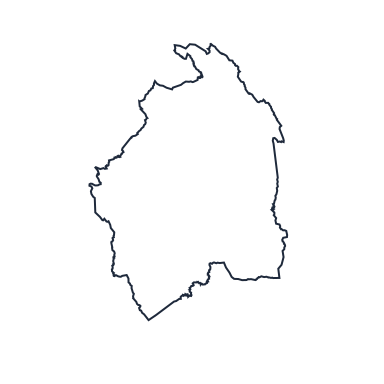 the district of Manorhamilton Lea-6, Leitrim, Ireland, rotated 49°
{"feature_id": "5873133B72319523044240", "entity_name": "Manorhamilton Lea-6", "entity_type": "district", "adm_level": 2, "iso_a3": "IRL", "parent_name": "Ireland", "parent_adm1": "Leitrim", "projection": "equal_earth", "projection_center": [-8.199, 54.289], "detail": "fine", "context": "isolated", "style": "outline", "palette": "slate", "viewbox_px": 384, "rotation_deg": 49, "n_neighbors": 0, "source": "geoboundaries", "source_scale": "gbopen_adm2", "svg_char_len": 6001}
<svg xmlns="http://www.w3.org/2000/svg" viewBox="0 0 384 384"><g transform="rotate(49 192 192)"><path d="M314.2,182.4L306.5,177.2L305.7,172.2L301.2,165.6L295.9,162.3L295.7,159.9L294.4,158.7L293.9,157.2L293.1,156.6L291.5,156.6L291.4,156.1L289.1,155.7L288.7,156.0L287.3,155.3L286.4,153.2L288.3,149.9L286.9,148.4L283.2,146.4L281.6,147.2L280.7,148.4L278.5,148.8L278.4,149.2L276.5,149.0L275.6,147.8L273.9,147.3L271.1,149.3L268.2,147.7L266.9,145.6L263.1,145.5L262.8,144.4L261.5,143.3L257.8,143.6L258.2,142.7L257.6,143.0L257.2,142.6L258.5,141.8L257.9,141.0L256.9,141.0L257.4,140.2L256.3,139.9L256.6,139.2L254.3,138.8L254.7,137.9L252.6,135.1L252.5,134.1L251.2,132.5L249.6,131.6L249.1,129.8L247.0,126.9L244.6,125.4L244.2,123.6L241.6,122.2L240.6,120.6L238.5,119.6L237.5,117.9L208.8,98.6L206.3,97.4L204.7,95.4L205.4,94.2L208.3,93.8L210.6,94.3L211.5,92.6L212.8,92.0L212.6,91.1L214.4,90.1L213.4,89.0L211.2,87.9L201.9,84.6L200.6,83.1L200.6,81.2L193.2,80.6L192.8,79.9L192.1,80.1L188.3,79.1L187.6,79.5L186.9,79.3L186.4,78.3L182.4,77.9L182.0,77.4L180.4,77.2L179.6,76.5L177.3,76.5L176.4,76.0L176.2,76.2L174.7,76.0L173.1,77.9L170.8,77.6L170.7,77.3L169.2,77.5L169.6,78.7L169.5,79.6L168.4,80.6L168.2,82.6L167.0,83.4L160.7,83.2L158.1,82.7L155.4,83.7L155.6,84.3L155.0,84.7L149.5,84.2L148.4,83.2L146.6,82.8L146.0,82.1L144.7,82.0L143.3,81.1L142.4,81.3L142.1,81.8L140.8,82.5L135.1,81.8L133.1,79.3L132.4,79.0L132.1,78.0L132.5,77.5L132.5,76.9L131.6,77.1L129.5,76.6L128.1,75.1L126.1,75.3L125.6,76.1L124.6,76.3L123.6,75.6L121.6,76.0L119.4,75.3L117.1,77.4L111.9,76.6L109.2,77.5L107.7,78.2L108.0,78.4L107.5,78.8L105.3,79.4L99.5,79.7L97.6,79.3L95.4,80.2L92.6,80.6L92.5,80.9L93.8,82.0L94.2,83.9L95.0,84.6L95.0,85.3L94.5,86.0L96.7,85.9L98.0,87.0L98.0,88.9L97.5,90.2L94.7,89.4L82.9,93.0L79.0,96.7L79.6,102.6L73.9,105.1L69.8,108.7L72.8,110.5L73.2,111.5L73.9,111.8L73.7,112.5L74.3,112.6L76.9,112.9L79.6,111.5L82.0,111.6L82.5,111.0L83.3,111.2L83.5,110.7L84.1,110.6L84.7,111.0L86.5,110.3L87.5,109.2L84.8,104.8L88.4,104.1L89.2,104.8L91.8,104.8L93.3,105.6L94.3,105.2L95.6,105.9L95.6,106.3L96.2,106.2L96.9,107.2L97.7,107.2L98.0,107.7L98.9,107.8L99.3,107.4L102.0,108.1L104.5,107.2L105.3,107.6L106.0,107.5L107.4,106.7L108.5,107.0L108.6,107.7L110.2,107.7L112.0,108.5L112.1,109.0L111.5,109.5L110.2,109.6L110.2,109.9L111.3,111.0L110.8,111.6L109.6,111.7L109.3,112.4L111.1,114.3L109.8,118.8L109.3,119.6L107.8,120.3L106.9,121.9L104.6,124.2L104.0,127.2L103.9,130.0L100.7,138.0L101.5,139.7L96.6,142.8L92.8,144.2L90.4,146.3L87.1,147.4L84.0,147.2L85.1,149.5L86.3,150.5L86.5,151.9L87.9,153.5L87.2,154.8L88.0,156.7L87.5,158.3L88.7,160.7L88.3,163.4L89.4,164.8L90.2,166.5L90.8,166.9L90.4,169.5L89.3,172.2L88.9,172.3L93.1,175.3L96.4,175.1L95.9,176.4L102.7,176.1L105.2,177.1L106.7,177.2L106.5,177.5L107.2,179.2L106.9,180.3L109.3,181.4L110.1,182.8L110.0,184.3L111.0,185.9L110.9,188.6L111.5,190.2L111.3,191.7L111.6,194.7L112.7,194.9L112.4,197.7L111.1,200.0L110.8,201.3L110.9,202.2L111.3,202.2L111.2,203.9L113.4,215.8L114.4,217.3L116.2,217.2L117.0,217.6L116.7,218.6L117.2,219.8L116.9,220.2L117.3,220.7L117.5,222.5L118.5,223.0L118.0,223.8L116.2,223.9L116.1,224.6L117.0,224.7L116.4,225.2L116.5,226.2L115.9,226.6L116.3,226.8L115.3,228.0L115.7,228.2L115.8,229.6L113.7,233.9L114.9,234.6L115.0,235.4L117.0,237.4L117.0,238.1L116.0,238.8L116.4,239.3L115.9,239.9L116.0,240.4L118.3,241.0L117.3,242.6L115.9,243.1L114.5,246.2L110.2,248.3L110.2,248.9L113.8,249.0L117.4,250.4L117.6,251.2L116.5,251.6L117.2,253.1L117.8,253.6L121.1,254.1L123.5,255.2L125.1,254.8L126.2,255.8L125.6,256.7L125.3,258.5L123.9,260.4L123.1,261.0L120.1,262.1L119.1,263.2L118.9,264.2L120.0,265.3L121.9,264.3L123.8,264.8L125.1,267.8L127.5,269.2L130.8,269.7L132.7,269.3L144.0,278.4L150.5,277.8L154.4,278.1L155.1,277.6L154.7,275.7L158.2,275.9L159.0,275.4L159.3,274.2L163.2,275.3L165.9,276.9L171.4,277.1L173.5,279.3L173.6,279.9L174.9,280.7L174.5,281.7L174.6,282.2L176.6,283.1L177.1,284.6L176.7,285.4L177.3,286.2L181.5,288.5L181.6,288.9L183.7,290.2L185.8,289.8L187.5,290.5L188.6,292.1L189.7,292.6L189.6,293.0L190.4,293.6L190.0,293.9L190.4,294.1L190.3,294.6L190.9,294.7L192.4,296.8L194.8,298.0L194.7,298.8L195.4,298.9L195.6,299.5L195.3,300.5L196.7,301.2L197.8,302.3L197.8,303.2L199.5,304.4L201.8,304.1L201.8,304.9L203.1,305.2L203.2,305.7L204.0,306.1L204.7,305.6L204.5,304.5L205.0,303.9L207.3,303.0L208.9,301.8L209.4,300.9L209.5,299.7L211.8,295.8L215.6,296.7L218.6,299.2L220.3,298.9L221.7,299.5L223.3,299.1L224.9,300.7L229.1,302.6L230.7,302.7L232.0,304.9L233.4,305.7L233.5,306.1L238.4,306.1L240.3,306.9L242.0,306.7L243.0,305.8L244.2,305.7L244.6,306.3L244.8,308.0L247.0,308.9L248.2,308.2L250.4,308.9L252.9,308.4L260.2,308.8L261.3,299.6L262.9,277.4L263.9,275.5L264.3,271.7L265.3,270.6L263.7,269.3L263.6,267.8L264.1,267.1L263.8,266.6L264.6,266.5L264.4,265.8L265.4,265.3L264.7,264.1L266.2,263.9L265.6,263.4L266.2,262.5L267.0,263.0L267.7,262.4L268.6,263.3L268.6,261.9L269.9,260.9L269.5,260.0L268.3,259.7L267.4,258.7L265.7,259.1L264.7,258.0L264.2,258.1L264.4,257.2L262.8,256.7L263.1,255.8L262.5,254.7L262.6,253.9L263.3,253.2L263.6,252.3L264.2,252.4L263.2,251.8L261.4,251.4L261.4,250.0L263.5,247.5L263.3,247.1L264.0,246.8L264.0,246.4L265.4,246.5L265.6,246.0L266.6,245.6L267.1,245.9L266.9,245.4L267.7,245.5L268.5,244.9L268.3,244.6L269.1,244.4L270.2,242.8L270.0,242.5L270.6,240.3L270.1,239.3L269.4,239.7L269.2,239.3L269.9,238.5L268.9,238.2L268.4,237.5L268.7,236.0L267.1,235.0L267.3,234.3L266.1,234.0L264.8,234.4L264.5,233.6L263.8,233.5L263.4,232.4L263.8,231.5L262.3,230.5L262.5,229.7L262.2,229.5L262.2,228.8L260.7,227.3L258.5,226.7L257.6,225.7L257.9,224.7L259.3,224.0L259.2,222.6L259.6,221.6L261.7,220.4L262.1,219.1L263.8,217.7L266.2,214.2L271.3,215.9L277.4,216.6L282.1,217.8L285.2,217.2L288.0,214.2L291.4,212.0L294.2,208.6L294.5,206.8L295.1,206.5L296.5,204.6L300.1,201.9L300.3,201.1L300.0,200.6L300.3,199.9L299.9,199.0L300.3,198.0L300.0,197.5L300.7,196.9L301.1,195.0L303.5,193.4L304.9,191.3L306.6,190.5L306.6,190.2L308.7,188.7L309.3,187.6L310.1,187.3L314.2,182.4Z" fill="none" stroke="#1e293b" stroke-width="2"/></g></svg>